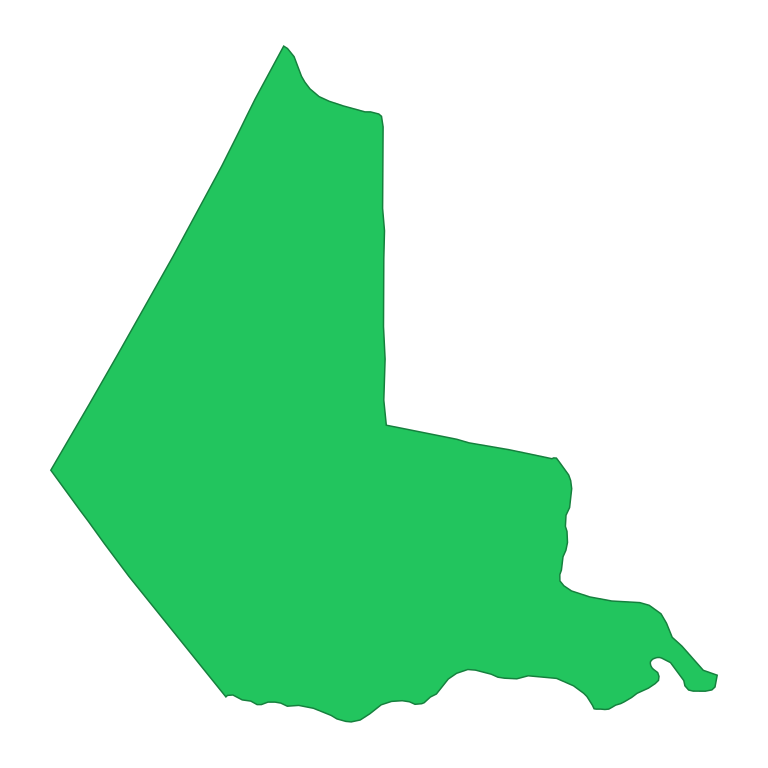 Tacaná, San Marcos, Guatemala
{"feature_id": "79465075B77121462598505", "entity_name": "Tacaná", "entity_type": "district", "adm_level": 2, "iso_a3": "GTM", "parent_name": "Guatemala", "parent_adm1": "San Marcos", "projection": "orthographic", "projection_center": [-92.043, 15.294], "detail": "fine", "context": "isolated", "style": "filled", "palette": "green", "viewbox_px": 768, "rotation_deg": 0, "n_neighbors": 0, "source": "geoboundaries", "source_scale": "gbopen_adm2", "svg_char_len": 1884}
<svg xmlns="http://www.w3.org/2000/svg" viewBox="0 0 768 768"><path d="M717.2,675.2L703.3,670.3L681.9,646.1L672.2,637.3L666.5,623.2L661.0,613.8L649.2,605.3L639.8,602.6L611.7,601.0L589.6,596.9L571.4,590.9L563.9,585.8L559.9,580.9L559.8,574.6L561.4,570.2L563.0,556.8L565.9,550.3L567.5,542.5L567.0,531.4L565.4,526.4L566.0,515.3L569.6,507.6L571.7,488.7L570.7,480.7L568.7,475.0L559.4,462.1L556.4,458.1L553.7,457.9L551.9,458.7L510.0,449.9L468.8,442.8L456.9,439.3L386.3,425.2L383.8,400.2L385.1,359.1L383.5,326.7L383.8,258.8L384.5,230.8L382.6,208.4L383.1,126.9L381.5,116.3L378.8,114.0L370.6,111.9L365.0,111.9L342.9,105.8L329.3,101.3L319.1,96.6L310.0,88.9L304.9,82.2L301.5,76.3L294.1,56.7L287.5,48.5L283.7,46.1L255.1,99.1L246.3,116.8L239.9,129.9L234.9,139.9L226.7,156.2L222.0,165.6L216.5,175.9L173.1,256.3L118.6,353.0L88.9,404.9L50.8,470.2L80.1,510.4L88.0,520.9L104.5,543.8L128.9,576.4L225.9,696.9L227.5,695.4L232.9,695.0L242.2,699.9L250.8,701.1L257.1,704.6L261.3,704.6L268.0,702.1L275.0,702.1L280.8,703.1L287.3,706.2L298.7,705.4L313.5,708.3L331.1,715.4L336.9,718.9L345.8,721.4L351.2,721.9L360.2,720.0L369.8,713.8L381.2,704.8L391.6,701.4L402.2,700.7L409.5,701.8L415.0,704.3L421.7,703.7L424.2,702.7L430.4,697.0L436.4,694.0L448.3,679.0L456.6,673.3L467.8,669.5L475.4,670.1L491.2,674.2L497.9,677.2L504.5,678.2L516.8,678.8L528.2,675.8L556.6,678.4L573.5,685.8L583.7,693.3L586.9,696.5L589.2,700.1L592.5,705.4L594.1,708.8L596.1,709.1L600.6,709.1L604.9,709.5L608.8,709.1L612.0,707.3L615.7,705.1L620.7,703.6L624.3,701.8L631.6,697.5L637.1,693.3L648.5,688.1L655.2,683.6L658.5,680.4L659.0,676.4L657.7,672.6L653.3,669.2L651.8,667.6L650.7,665.4L650.3,663.1L650.5,661.6L652.1,659.7L653.3,658.8L656.0,657.8L657.6,657.5L659.6,657.5L661.5,658.0L670.5,662.6L683.8,680.6L684.9,685.8L688.6,690.0L693.1,691.1L705.3,691.2L711.9,689.9L715.0,687.0L717.2,675.2Z" fill="#22c55e" stroke="#15803d" stroke-width="1.5"/></svg>